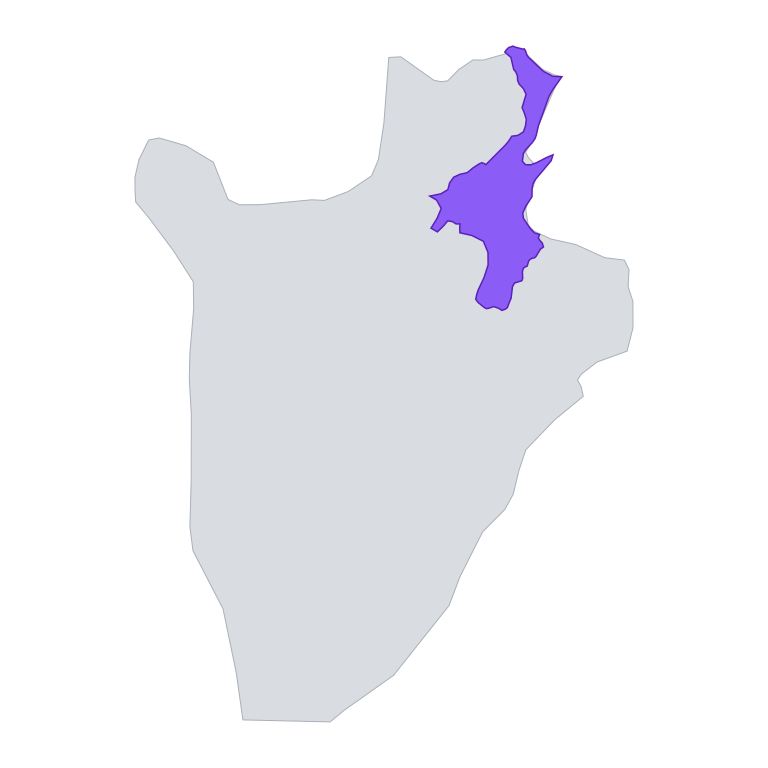 where Muyinga sits in Burundi
{"feature_id": "BDI-2644", "entity_name": "Muyinga", "entity_type": "Province", "adm_level": 1, "iso_a3": "BDI", "parent_name": "Burundi", "parent_adm1": "", "projection": "robinson", "projection_center": [30.357, -2.724], "detail": "fine", "context": "in_parent", "style": "filled", "palette": "violet", "viewbox_px": 768, "rotation_deg": 0, "n_neighbors": 0, "source": "natural_earth", "source_scale": "10m", "svg_char_len": 2520}
<svg xmlns="http://www.w3.org/2000/svg" viewBox="0 0 768 768"><path d="M561.6,76.5L556.1,84.8L530.7,143.5L525.7,152.4L528.5,157.8L539.3,168.9L533.0,187.4L530.5,192.4L525.7,209.6L528.3,225.5L534.4,231.3L550.9,239.0L575.6,244.5L604.8,257.7L624.4,260.1L629.0,269.6L628.1,286.6L632.9,301.4L633.0,327.8L627.1,351.1L597.1,362.0L581.6,373.9L577.5,379.9L581.2,386.9L583.3,396.3L555.0,419.5L525.9,449.7L519.0,470.2L513.2,494.3L504.7,509.7L482.6,531.9L460.0,576.6L449.0,605.6L393.6,675.3L344.4,710.1L330.1,721.9L242.9,719.9L236.3,672.9L223.0,608.8L193.0,550.8L189.9,526.6L191.2,479.9L191.3,414.2L189.3,378.9L189.9,353.2L193.7,308.4L193.3,281.7L173.5,250.8L149.0,218.0L135.7,202.0L135.0,189.0L135.0,177.0L139.0,159.6L148.6,140.1L159.3,138.0L185.8,145.7L213.4,162.2L228.0,199.4L239.2,204.8L259.6,204.7L311.6,199.8L324.5,200.4L348.2,191.5L371.6,175.8L378.4,159.6L383.9,123.2L388.8,57.5L400.8,56.8L433.6,80.1L440.7,81.7L447.6,80.9L459.0,69.3L473.0,59.9L483.3,60.1L521.4,49.2L541.8,69.0L554.7,75.1L561.6,76.5Z" fill="#d9dde1" stroke="#a8b0b8" stroke-width="1"/><path d="M513.1,46.1L514.4,46.9L523.2,49.2L524.1,48.8L525.5,50.6L526.9,55.0L528.5,57.4L543.5,71.4L552.8,76.3L561.9,76.7L552.7,89.8L549.0,96.4L538.5,125.4L536.2,135.4L535.0,138.7L532.3,142.6L525.7,149.7L523.4,153.6L522.4,161.3L525.5,164.7L530.8,164.8L536.7,162.6L546.6,157.5L553.0,154.8L551.2,160.7L535.2,179.7L533.0,183.8L532.1,188.7L532.0,196.7L526.0,205.9L522.8,212.9L523.4,218.3L530.3,228.5L534.5,232.9L539.6,234.5L538.3,237.9L539.9,240.4L542.3,243.1L543.5,247.0L543.4,247.1L540.4,249.2L536.1,256.3L534.6,257.8L532.0,258.3L529.9,259.5L528.6,261.2L527.2,266.1L525.2,267.0L523.3,268.3L522.4,271.9L522.7,278.4L521.9,280.7L514.6,283.0L512.5,286.6L511.0,298.8L510.6,299.1L507.4,307.5L505.6,309.1L501.9,310.4L500.0,309.1L497.3,307.8L493.5,306.6L490.0,307.9L486.5,308.7L483.7,307.1L477.9,302.3L475.7,299.2L476.7,294.6L478.1,290.1L483.9,277.9L488.1,265.0L488.0,252.5L483.4,241.3L471.9,235.5L459.9,232.8L459.7,228.4L460.0,223.9L456.0,223.9L452.4,221.6L447.7,220.9L443.8,225.6L437.4,231.9L431.0,228.2L437.1,218.3L441.2,208.5L436.7,200.2L429.8,196.1L440.9,193.8L447.9,189.6L449.6,182.8L453.7,177.2L459.9,174.3L467.2,172.7L473.0,167.9L479.1,163.9L481.8,162.7L484.1,163.5L485.8,164.7L505.6,144.8L508.8,140.9L511.8,136.2L517.8,135.4L523.4,131.9L525.5,125.8L526.3,119.3L524.3,112.9L522.1,107.6L526.1,94.3L523.4,88.6L519.2,84.2L517.6,80.4L517.4,75.8L515.8,72.0L513.7,69.4L510.9,57.4L504.8,52.1L505.9,50.4L508.6,47.6L513.1,46.1Z" fill="#8b5cf6" stroke="#5b21b6" stroke-width="1.5"/></svg>